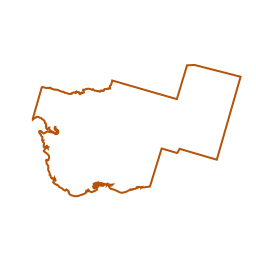 outline of Port Pirie, South Australia, Australia, rotated 286°
{"feature_id": "25037944B53650156153507", "entity_name": "Port Pirie", "entity_type": "district", "adm_level": 2, "iso_a3": "AUS", "parent_name": "Australia", "parent_adm1": "South Australia", "projection": "equal_earth", "projection_center": [137.965, -33.365], "detail": "fine", "context": "isolated", "style": "outline", "palette": "amber", "viewbox_px": 256, "rotation_deg": 286, "n_neighbors": 0, "source": "geoboundaries", "source_scale": "gbopen_adm2", "svg_char_len": 5536}
<svg xmlns="http://www.w3.org/2000/svg" viewBox="0 0 256 256"><g transform="rotate(286 128 128)"><path d="M122.0,222.1L208.3,222.1L206.9,174.4L204.5,167.5L169.2,167.0L169.3,99.7L167.9,99.9L164.6,99.8L163.6,99.0L161.8,99.6L161.9,99.4L161.5,99.2L160.6,99.1L160.4,98.7L160.6,98.0L160.1,97.7L159.9,97.1L159.5,96.9L159.1,95.0L157.9,94.1L157.3,94.5L156.9,94.2L156.5,92.8L156.7,91.7L155.2,91.0L155.5,90.4L155.0,89.3L155.3,88.7L155.0,88.2L155.1,87.7L154.7,85.4L155.6,83.9L155.6,83.5L154.8,83.0L155.0,81.8L155.0,80.3L154.9,79.0L154.3,78.0L154.3,77.5L153.9,77.2L153.7,76.7L153.0,76.1L152.5,74.4L151.6,74.5L151.3,75.1L150.0,75.8L149.5,75.0L149.1,74.7L149.2,73.7L147.4,72.9L147.2,72.6L147.3,72.1L147.9,71.7L148.2,71.4L148.6,71.7L148.8,71.4L148.6,71.2L148.9,70.2L148.7,69.6L149.0,68.5L148.5,68.0L147.6,68.3L147.5,67.9L147.2,67.7L147.4,66.9L147.1,65.7L146.4,65.2L146.0,64.3L145.2,64.3L145.0,63.3L144.6,62.5L144.6,60.5L144.5,60.1L144.6,59.1L144.5,57.8L144.6,57.0L145.1,56.1L144.6,54.5L144.8,53.8L144.9,51.7L145.2,50.7L145.2,49.1L145.0,48.7L145.0,47.7L144.5,46.9L144.5,46.5L144.8,45.8L144.5,44.4L144.7,43.4L145.3,42.7L145.1,42.0L144.8,41.8L145.0,41.3L144.6,41.0L144.5,39.8L143.8,38.6L144.0,36.3L143.6,34.7L143.8,34.3L143.5,33.9L110.9,33.9L109.9,34.2L112.1,35.7L112.5,36.5L113.4,36.9L113.6,37.3L113.9,39.0L113.5,40.6L113.6,41.4L113.4,42.3L112.8,43.0L112.7,44.1L112.0,45.4L111.2,46.2L110.0,46.7L109.9,47.2L109.7,47.2L109.6,47.6L108.7,48.3L107.4,48.6L107.2,49.1L105.6,49.2L104.7,50.1L104.6,50.9L105.0,50.9L105.8,51.7L106.6,51.9L106.7,52.3L105.8,52.4L104.0,53.8L103.8,54.6L104.0,54.9L104.0,55.6L103.8,55.2L103.7,56.5L103.5,57.8L103.0,58.8L103.2,59.6L102.8,60.3L102.9,60.6L103.2,60.9L103.0,60.3L103.2,60.2L104.2,61.2L104.8,61.2L105.3,60.7L105.8,59.0L106.5,58.0L107.7,57.5L108.9,57.5L108.9,58.1L107.9,58.1L107.3,58.9L107.2,59.3L106.6,60.4L106.6,60.9L105.9,61.7L105.6,61.7L105.6,62.0L104.3,62.2L103.4,62.0L102.6,61.2L102.2,60.6L102.1,60.1L102.9,57.0L102.9,55.8L102.7,55.6L102.7,54.8L102.5,54.7L102.6,51.8L101.2,50.1L100.7,49.9L100.5,49.3L99.7,48.8L99.4,48.3L100.0,47.2L100.0,46.7L100.2,46.1L100.9,45.9L101.0,44.5L100.9,44.2L100.4,43.6L99.3,43.8L97.3,46.2L96.3,47.1L95.7,48.3L94.3,48.5L93.7,48.8L92.8,48.8L92.5,49.1L92.6,49.7L92.1,49.3L91.9,49.5L91.1,50.1L90.6,51.2L90.0,51.6L89.5,51.7L87.8,51.7L86.6,52.2L86.6,52.7L87.1,53.3L87.8,55.0L88.0,55.1L89.1,54.3L88.7,54.8L87.9,55.4L87.7,56.9L87.1,57.0L87.5,56.8L87.6,56.3L86.9,56.5L87.5,55.9L87.1,55.4L86.9,56.1L86.3,56.4L86.6,55.7L86.5,55.2L85.7,54.3L84.6,53.7L83.8,53.8L82.7,53.4L82.0,54.4L81.5,56.2L80.6,58.1L79.8,59.4L78.8,60.0L77.7,60.4L75.1,60.3L74.8,59.6L75.1,58.9L75.0,58.5L74.7,58.2L74.0,58.2L73.3,59.0L72.2,59.2L70.9,59.9L70.0,61.4L69.1,61.9L68.7,61.9L68.1,62.4L66.4,62.5L65.1,63.3L63.5,64.8L62.2,65.5L61.4,65.6L61.5,66.1L60.8,66.7L59.3,67.4L58.8,68.0L58.4,69.4L58.4,70.1L58.7,70.6L59.0,70.4L58.9,71.3L59.3,71.3L59.0,71.5L59.1,72.0L57.5,72.8L57.3,72.5L57.3,71.6L56.9,71.1L55.0,71.1L54.8,72.1L54.1,72.9L53.8,74.7L54.0,75.4L53.5,75.7L53.6,76.3L53.2,77.3L52.2,78.3L51.9,80.7L51.5,81.9L51.0,82.5L50.5,84.7L50.6,85.1L51.5,85.4L52.0,86.0L51.3,87.0L51.2,87.9L50.5,88.7L50.0,88.9L50.2,88.6L49.9,88.6L48.7,89.6L48.1,90.5L47.7,92.4L47.7,95.4L47.8,96.2L49.5,99.8L50.2,100.5L52.2,103.6L54.2,105.5L54.8,105.6L54.4,105.4L54.6,105.4L55.5,105.9L56.4,107.5L56.6,107.5L56.7,107.2L56.1,106.5L56.9,106.3L56.2,105.9L56.3,106.3L55.8,106.1L55.8,105.8L56.3,105.6L55.5,104.9L56.1,105.1L56.9,106.3L57.3,107.2L57.3,107.7L56.9,107.9L56.5,108.6L56.3,110.5L56.5,111.2L57.7,112.4L58.8,114.0L60.0,115.0L60.5,114.8L61.5,115.0L61.3,114.9L61.3,114.7L60.6,114.3L62.5,114.9L62.4,114.4L61.2,114.2L61.4,113.9L60.8,114.0L61.4,113.6L61.3,113.3L62.0,113.4L62.2,113.5L62.7,114.5L62.7,115.1L63.8,115.7L64.7,115.5L64.1,115.4L64.5,115.1L63.3,114.8L62.8,114.3L62.3,113.0L63.0,113.2L63.0,112.7L60.7,112.1L60.8,111.6L61.3,111.5L61.4,111.1L61.9,110.8L62.1,111.6L62.3,112.0L62.2,111.2L62.5,110.9L64.1,111.9L64.2,112.6L63.1,112.7L63.9,113.0L64.0,113.7L64.9,114.9L65.0,115.6L65.2,115.2L66.1,115.4L66.0,115.1L65.5,114.9L66.2,114.7L65.8,114.6L65.8,114.3L65.1,114.4L64.8,114.2L64.9,113.4L65.3,112.8L65.2,112.6L65.0,112.9L64.6,111.9L64.7,111.4L63.8,111.0L63.9,110.8L64.9,110.4L65.6,111.1L66.8,112.9L67.1,114.0L67.2,116.1L67.7,117.4L67.8,118.5L67.7,119.2L67.8,122.0L67.7,122.2L67.5,121.9L67.4,122.4L67.8,122.8L68.0,123.4L67.4,123.5L67.9,123.7L68.9,123.6L69.5,124.1L68.9,123.7L68.1,123.8L68.5,124.0L68.7,124.7L68.5,125.2L68.5,125.8L68.2,126.2L67.9,125.8L68.3,124.6L68.1,124.7L67.6,125.2L67.8,124.8L67.8,124.0L67.5,124.3L67.2,125.4L68.2,127.1L68.3,127.8L68.9,128.2L68.9,127.7L69.0,127.7L69.4,128.7L68.9,128.4L68.8,128.5L68.1,128.0L68.0,127.2L67.7,126.3L67.3,126.0L66.5,126.0L66.0,126.4L65.6,127.3L65.9,126.5L65.5,126.7L65.2,127.1L64.9,128.1L64.8,132.4L64.3,136.1L63.9,137.3L63.9,139.4L64.7,141.4L65.8,143.3L67.0,144.8L68.1,145.7L69.9,148.8L69.6,148.2L69.8,148.0L70.0,149.2L70.6,150.2L70.1,149.2L70.2,148.9L71.2,150.5L71.2,150.9L70.8,150.3L71.6,151.8L72.1,152.2L73.2,153.9L73.6,153.9L73.4,153.5L73.6,153.5L73.0,152.2L73.7,153.0L74.4,154.6L74.4,155.6L74.8,156.7L74.5,156.5L74.6,157.1L74.3,157.2L74.7,157.4L74.8,158.2L75.1,158.2L75.0,158.8L75.6,160.5L76.8,162.8L77.0,163.8L77.6,164.6L77.8,165.2L117.6,166.0L117.5,182.0L118.7,182.6L122.2,183.3L122.0,222.1ZM66.3,117.1L66.5,116.9L65.7,116.8L65.4,117.3L65.2,118.4L65.3,119.3L65.6,120.1L66.2,120.6L67.0,120.9L67.1,120.6L66.8,120.5L66.6,120.1L66.7,119.7L66.1,119.1L65.8,118.5L66.3,117.1ZM64.9,116.1L65.2,116.3L65.2,116.7L65.6,116.6L65.0,116.2L65.0,115.8L64.9,116.1Z" fill="none" stroke="#b45309" stroke-width="2"/></g></svg>